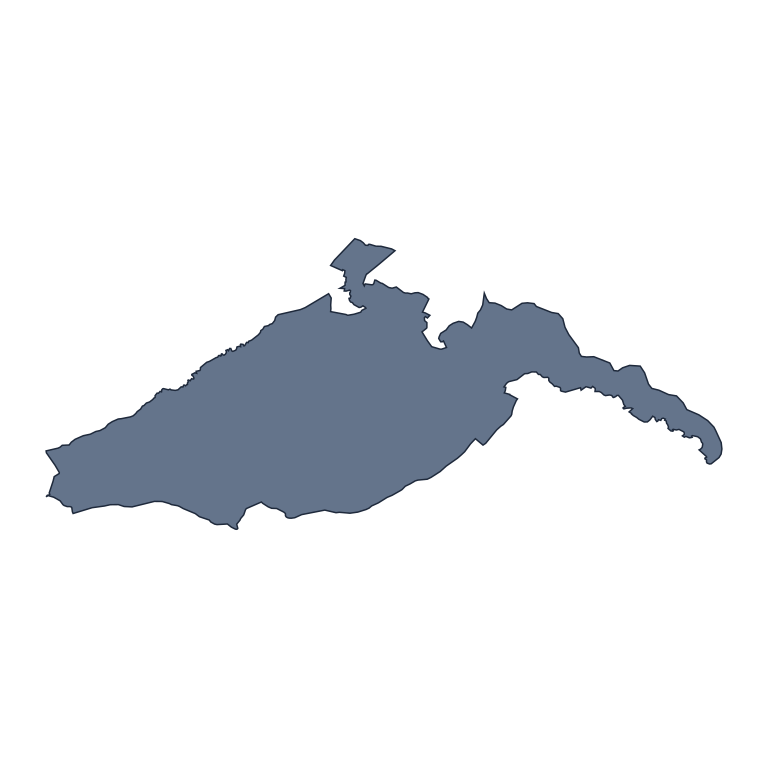 Valea Moldovei, Suceava, Romania (Equal Earth projection)
{"feature_id": "2599482B49071413589038", "entity_name": "Valea Moldovei", "entity_type": "district", "adm_level": 2, "iso_a3": "ROU", "parent_name": "Romania", "parent_adm1": "Suceava", "projection": "equal_earth", "projection_center": [26.027, 47.483], "detail": "fine", "context": "isolated", "style": "filled", "palette": "slate", "viewbox_px": 768, "rotation_deg": 0, "n_neighbors": 0, "source": "geoboundaries", "source_scale": "gbopen_adm2", "svg_char_len": 6098}
<svg xmlns="http://www.w3.org/2000/svg" viewBox="0 0 768 768"><path d="M709.5,464.0L711.2,463.8L719.0,457.6L721.1,454.1L721.9,449.0L721.2,442.6L715.7,430.6L713.9,427.1L707.7,420.6L698.8,414.8L686.8,409.6L683.2,402.9L676.5,395.9L668.6,394.6L658.9,390.2L651.8,388.4L648.5,384.1L644.6,372.8L640.2,366.1L629.6,365.4L622.6,367.8L618.0,371.0L613.9,370.6L609.8,363.0L593.8,356.7L586.6,357.0L581.4,356.4L579.3,353.1L578.4,347.7L568.8,334.6L565.0,327.3L562.8,318.7L558.2,313.6L551.7,312.5L536.4,306.5L534.1,303.6L527.5,302.8L522.0,303.3L511.7,309.9L506.7,309.0L501.3,305.6L495.0,303.1L489.2,302.7L486.5,298.6L484.3,293.2L482.7,305.0L480.4,310.0L477.8,313.1L476.7,317.4L475.2,321.4L471.6,328.0L467.4,324.7L463.2,322.1L458.7,321.4L453.1,323.3L449.2,325.8L446.2,329.9L440.7,333.4L439.1,336.9L438.7,338.5L440.7,341.8L442.3,341.8L443.5,341.0L446.5,347.5L441.4,349.2L440.0,349.1L431.7,346.7L427.4,340.7L422.0,331.9L426.6,328.2L426.9,327.4L426.9,322.6L424.6,320.6L424.4,317.6L425.4,316.6L427.4,318.0L429.9,315.3L425.2,312.9L422.5,312.1L428.9,299.0L427.9,298.4L427.6,297.5L423.0,294.4L418.2,292.6L414.9,292.8L411.2,293.8L407.4,293.0L405.6,293.1L403.5,292.5L396.3,287.0L392.1,288.2L388.7,287.5L382.3,283.4L380.8,283.1L376.0,280.2L374.8,280.1L373.8,283.6L372.9,284.6L371.8,284.8L365.1,283.9L364.3,285.9L363.0,283.5L365.9,275.3L366.7,273.9L367.1,273.9L378.9,264.3L395.0,250.7L391.6,248.9L381.1,246.3L376.0,246.2L369.7,244.3L368.5,244.4L367.9,245.4L365.4,245.2L363.3,242.8L360.4,240.6L354.8,238.7L334.5,260.0L330.6,265.5L342.4,270.7L342.8,269.7L344.9,270.7L344.7,273.2L343.7,276.1L346.3,277.4L345.9,279.4L346.0,281.9L345.1,282.1L345.0,285.4L339.9,288.3L344.6,288.6L344.2,291.0L346.1,291.1L349.7,290.1L350.5,290.6L350.3,292.3L349.7,292.9L349.8,294.5L350.9,296.1L350.1,298.3L349.0,298.4L349.5,300.4L350.6,302.0L352.4,302.6L353.9,304.6L359.1,307.5L360.9,307.2L362.9,305.8L365.6,307.6L365.9,308.3L361.9,310.3L360.7,312.2L354.1,314.2L347.7,315.3L346.0,314.5L330.6,311.6L330.9,308.7L330.7,305.0L331.2,298.0L328.6,293.7L305.2,307.6L300.4,309.6L278.1,314.7L275.6,317.1L274.7,320.5L272.3,323.6L269.6,324.5L268.5,325.6L264.4,326.5L262.8,329.2L260.8,330.6L260.4,332.4L258.4,334.8L251.5,340.2L248.6,341.3L248.3,342.6L246.6,342.4L244.7,345.6L243.9,345.9L243.1,344.4L240.8,344.1L240.4,344.5L240.6,346.7L239.3,346.3L237.0,346.9L236.5,349.0L235.7,350.2L232.8,351.4L231.8,350.9L230.8,348.5L229.6,348.5L228.5,350.7L227.6,349.7L225.9,350.4L226.4,351.9L226.1,353.0L225.4,354.2L224.0,355.2L223.0,354.9L222.4,354.0L221.5,353.9L221.1,354.5L221.2,355.7L220.5,356.0L219.1,355.4L218.5,355.7L217.7,357.2L216.1,357.6L209.4,361.4L206.7,362.3L200.5,367.5L200.3,369.9L199.9,370.5L196.1,371.3L196.7,373.3L194.9,372.8L191.8,374.4L191.9,375.3L193.0,376.0L193.9,377.9L193.8,378.8L193.1,379.1L191.6,378.7L190.1,380.8L188.7,380.0L187.9,380.3L188.2,382.0L187.4,383.1L187.5,384.5L186.4,384.9L185.6,385.8L184.1,385.0L183.6,385.2L183.0,386.9L181.1,386.9L178.0,389.8L175.3,390.4L171.1,389.9L170.0,389.1L168.4,389.8L163.5,388.6L162.7,388.8L161.8,389.8L161.5,391.8L160.1,391.4L158.5,393.2L157.1,393.1L155.1,395.6L155.1,397.4L154.8,397.7L153.6,398.3L153.0,399.3L149.5,402.0L146.4,403.0L144.0,405.5L142.4,406.1L140.6,409.1L137.2,411.6L135.8,413.5L133.2,415.8L130.4,416.9L121.2,418.7L118.2,419.0L112.3,421.6L108.2,424.2L105.3,427.7L99.9,430.6L95.8,431.5L90.3,434.2L83.3,435.7L75.1,439.3L71.3,442.2L69.1,445.0L62.2,445.3L60.2,447.1L58.2,448.1L46.1,450.9L46.4,452.8L55.1,465.3L59.3,472.5L59.2,473.5L54.2,476.6L53.1,481.1L49.2,493.0L49.8,494.3L49.2,494.9L47.3,495.3L46.1,496.8L48.1,495.6L53.7,497.2L60.1,500.8L63.0,504.7L64.1,505.5L67.2,506.6L70.1,506.6L71.4,507.1L71.8,507.7L72.4,511.8L73.1,513.5L92.1,507.7L104.5,506.0L110.3,504.7L118.4,504.6L124.1,506.5L132.1,506.9L154.4,501.4L162.2,501.5L169.5,503.6L171.4,504.6L177.6,505.7L179.4,506.4L183.3,508.6L195.3,513.6L199.4,516.7L209.2,520.0L210.8,522.0L214.6,524.1L217.0,524.6L227.4,524.0L231.3,527.1L235.3,529.1L236.4,529.3L237.4,529.0L237.8,528.3L236.7,524.2L240.0,520.1L240.6,518.6L243.7,514.9L245.6,509.5L246.5,508.5L261.4,502.0L262.7,503.3L268.1,506.8L271.6,508.3L276.7,508.5L283.8,512.1L285.4,513.5L285.5,515.8L286.2,516.9L287.5,517.7L289.1,518.1L291.3,518.2L294.8,517.7L301.7,514.6L324.8,510.1L336.0,512.7L339.4,512.3L350.0,513.2L357.8,512.1L366.1,509.5L369.1,508.1L371.7,505.9L378.3,502.9L387.1,497.4L392.1,495.3L400.6,490.5L402.1,489.5L405.3,486.2L410.1,483.9L415.2,480.9L417.9,480.1L427.3,479.2L431.0,477.4L440.2,471.5L446.2,466.1L457.5,458.2L461.4,454.8L464.7,451.7L470.5,443.9L475.4,438.7L483.0,445.1L485.7,443.3L496.7,429.9L500.8,426.2L503.4,424.5L511.0,415.9L511.7,414.4L512.2,411.0L513.4,407.0L516.3,400.5L517.5,398.9L509.6,394.7L509.7,394.4L504.3,392.9L505.3,390.7L505.8,387.4L504.0,386.9L506.6,383.3L508.6,381.7L517.0,379.6L524.6,373.7L527.8,373.5L531.7,371.9L536.4,372.0L538.4,374.4L540.3,374.5L542.3,376.8L543.9,377.5L547.8,377.3L548.8,378.2L548.8,380.5L549.8,382.0L552.4,384.0L554.5,386.4L556.3,386.2L559.9,387.4L560.5,388.2L560.6,390.7L561.5,391.2L565.5,392.1L580.5,387.7L581.1,390.2L586.0,386.7L591.0,388.1L592.7,386.4L595.1,388.3L595.3,388.8L595.0,391.5L599.3,391.5L601.3,392.5L603.8,394.9L605.5,395.6L609.4,395.0L611.2,395.3L611.9,395.7L613.1,397.4L613.7,397.5L615.8,396.5L616.8,395.5L618.4,395.4L622.5,400.2L623.8,404.5L625.3,406.4L623.1,407.7L623.2,408.4L623.9,408.9L626.6,408.2L631.0,407.9L632.7,408.6L629.1,411.9L631.6,413.5L631.5,414.0L633.4,415.6L636.7,417.5L638.9,419.3L644.2,422.0L647.4,421.9L649.9,419.9L652.7,416.2L654.9,417.5L655.3,419.5L656.8,421.6L657.7,421.2L658.5,419.7L660.8,420.4L661.7,418.6L662.3,418.4L663.3,418.2L665.3,419.1L664.7,420.2L666.2,420.9L666.6,423.3L667.6,424.6L668.5,427.0L668.0,428.4L670.8,430.9L672.9,431.2L673.3,430.5L672.6,429.7L673.1,429.3L676.3,430.0L679.0,429.4L683.8,431.9L684.3,433.0L684.2,434.5L682.4,435.9L684.3,437.2L685.9,436.4L689.3,437.8L690.7,437.7L692.2,437.3L691.6,436.1L692.4,435.6L697.6,436.7L700.0,438.5L700.5,439.0L701.5,442.1L702.6,443.3L702.7,444.4L702.2,447.4L700.6,449.1L699.1,449.9L706.5,456.6L706.6,457.3L705.0,458.0L704.9,458.8L706.5,459.8L706.5,461.9L707.1,463.1L709.5,464.0Z" fill="#64748b" stroke="#1e293b" stroke-width="1.5"/></svg>